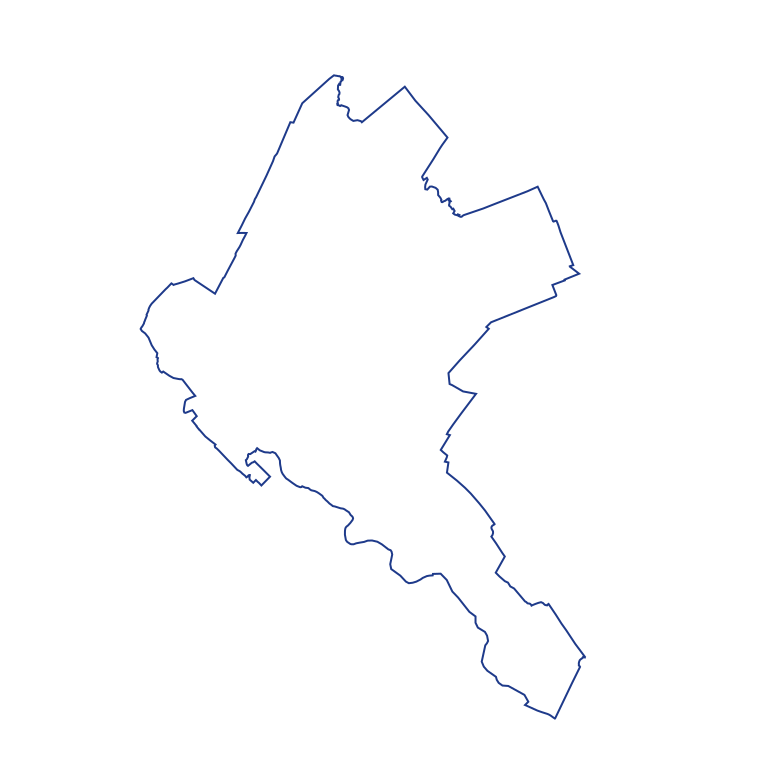 the district of Cateasca, Arges, Romania, rotated 191°
{"feature_id": "2599482B62857994910694", "entity_name": "Cateasca", "entity_type": "district", "adm_level": 2, "iso_a3": "ROU", "parent_name": "Romania", "parent_adm1": "Arges", "projection": "albers", "projection_center": [25.043, 44.76], "detail": "fine", "context": "isolated", "style": "outline", "palette": "blue", "viewbox_px": 768, "rotation_deg": 191, "n_neighbors": 0, "source": "geoboundaries", "source_scale": "gbopen_adm2", "svg_char_len": 6144}
<svg xmlns="http://www.w3.org/2000/svg" viewBox="0 0 768 768"><g transform="rotate(191 384 384)"><path d="M270.8,607.0L279.9,600.6L309.1,582.2L320.1,575.2L337.9,565.0L338.8,564.2L339.7,563.0L340.9,562.7L342.5,563.1L342.2,564.3L343.8,564.6L344.0,563.6L346.8,563.8L348.6,564.7L347.7,567.3L349.4,569.3L350.3,568.6L352.6,570.8L353.9,571.3L354.3,572.0L354.3,572.9L354.2,573.8L354.4,574.4L354.2,575.2L353.3,576.1L354.0,576.7L354.4,576.7L355.1,576.3L355.5,576.7L355.0,577.7L355.2,578.5L355.9,578.5L357.1,577.6L358.8,575.6L360.3,574.7L361.3,573.7L362.1,573.6L363.0,575.0L362.8,575.8L364.3,577.7L366.9,579.8L367.5,582.7L368.4,585.0L370.8,586.4L374.7,587.0L376.6,586.5L378.6,583.1L380.6,583.1L381.2,585.1L381.4,587.7L380.1,593.0L381.3,594.5L384.1,591.8L385.9,594.1L386.1,594.9L378.5,614.0L374.1,625.9L372.4,630.0L368.7,638.0L391.5,656.4L407.3,668.1L420.3,679.8L455.7,636.7L456.8,637.6L460.4,637.9L464.3,636.4L466.8,637.3L468.2,638.0L470.0,639.4L471.1,641.0L470.6,646.3L471.6,647.9L473.1,648.6L474.8,648.9L479.2,649.5L479.5,648.9L480.1,648.5L481.4,648.9L482.8,648.9L483.3,649.9L482.7,650.2L482.9,650.9L483.4,651.9L483.5,653.2L483.2,653.9L482.6,654.0L482.4,654.7L482.6,655.4L483.7,656.9L483.6,659.3L483.1,660.2L483.3,661.7L484.0,662.9L485.5,664.4L486.0,668.2L485.4,669.7L484.9,669.1L484.1,669.3L484.3,672.4L483.7,673.0L483.8,674.4L482.7,674.4L482.5,675.4L482.5,676.4L483.1,677.2L483.6,677.4L484.2,677.3L484.0,676.5L484.2,676.2L484.5,676.4L484.8,676.9L486.1,677.7L487.2,677.5L489.8,677.5L490.7,677.4L491.5,677.5L492.1,677.4L495.9,673.1L517.8,644.0L522.7,623.3L525.9,623.1L532.9,590.0L533.3,589.1L534.8,586.5L535.5,581.5L539.1,566.2L545.3,542.6L545.8,541.5L546.1,540.4L546.4,538.0L549.5,527.2L551.9,520.0L553.9,512.5L556.3,504.3L552.3,505.2L547.8,506.0L548.6,503.0L550.0,498.6L551.3,493.2L552.0,490.9L553.9,486.1L554.6,483.7L554.1,481.7L554.8,479.2L559.0,465.5L561.1,458.2L562.0,457.5L567.1,440.4L589.8,449.9L591.3,451.5L599.1,446.7L605.2,443.4L609.0,441.5L609.4,441.1L610.6,441.6L611.1,441.9L611.9,442.2L615.1,437.2L616.0,436.0L616.9,434.7L627.4,418.5L628.5,416.0L629.1,413.9L629.4,412.0L629.2,411.2L630.3,406.6L629.8,405.9L630.7,401.5L630.9,400.0L631.2,398.9L631.2,397.6L632.1,395.0L632.4,394.1L632.9,393.4L633.4,391.6L631.8,389.9L628.1,388.1L624.0,384.6L619.4,377.7L615.9,374.0L612.4,371.0L612.4,366.9L611.0,366.5L610.8,366.3L611.0,364.9L610.4,362.9L610.6,361.9L610.6,360.5L609.5,359.3L609.3,358.1L609.0,357.3L606.9,354.4L605.8,353.5L604.2,352.8L603.1,354.1L596.2,351.1L591.8,349.7L586.4,349.7L584.9,349.8L583.7,350.1L582.5,349.7L570.2,338.9L567.0,336.3L571.9,333.1L575.3,330.6L575.9,328.5L575.7,321.4L575.4,319.3L574.6,317.9L573.3,317.8L567.1,321.8L561.7,316.7L565.3,311.4L559.8,306.9L559.9,306.6L556.7,303.9L556.6,304.0L549.4,298.4L543.8,295.4L537.8,292.4L538.4,291.2L537.7,289.6L535.6,288.6L532.9,286.8L523.1,279.8L518.8,276.9L511.6,271.7L509.0,270.9L507.2,269.9L506.1,269.1L502.7,267.3L501.3,266.1L500.2,267.1L499.8,268.1L498.9,269.0L498.3,269.0L498.3,266.7L497.6,264.5L493.5,262.1L491.4,265.3L489.4,263.9L487.9,263.1L485.0,261.0L478.2,271.3L487.4,277.5L493.8,281.7L496.2,283.4L497.3,282.3L498.7,281.5L501.9,277.7L502.7,278.1L503.5,279.2L505.1,282.9L504.3,283.9L503.5,286.8L503.9,288.0L503.9,288.8L503.5,289.5L502.8,289.5L501.9,289.7L498.2,293.4L497.3,293.1L496.9,294.3L497.0,295.4L496.3,296.8L493.3,295.2L488.6,294.3L487.5,294.3L484.6,294.7L482.6,294.7L482.0,295.2L480.4,296.0L477.4,295.3L474.2,292.2L473.4,291.5L471.6,289.1L470.9,286.2L470.3,284.4L469.4,282.2L468.6,279.9L467.5,277.9L466.3,276.4L463.8,274.1L462.0,272.6L460.0,271.8L455.0,269.4L450.4,267.4L448.3,267.0L446.5,266.7L445.4,267.1L444.8,268.0L441.4,267.2L438.6,267.4L438.2,267.3L436.4,266.3L435.1,265.8L431.6,265.7L429.4,265.2L427.3,264.4L423.2,262.5L421.6,260.7L420.5,260.1L419.1,259.0L417.3,258.0L415.8,257.0L414.8,256.3L412.4,255.2L411.0,254.4L408.8,254.4L402.9,253.7L400.9,253.8L400.1,253.8L398.6,253.4L397.6,252.9L393.9,251.4L391.7,249.0L390.0,248.0L389.2,247.2L388.7,246.2L388.9,244.6L390.6,241.1L392.4,238.2L393.5,237.0L394.2,235.8L394.4,234.5L394.3,232.4L393.6,228.6L391.7,223.7L391.2,223.1L390.0,222.0L386.4,220.5L385.2,220.5L383.2,220.9L380.9,222.3L377.7,223.6L373.4,225.2L370.2,227.1L365.9,228.1L360.4,227.9L355.5,226.2L348.2,222.5L345.8,222.1L344.6,220.9L343.4,218.2L343.5,208.3L341.6,203.7L331.4,199.0L324.8,194.2L321.6,193.2L317.9,194.4L314.5,196.2L310.8,199.1L308.9,201.1L305.3,203.6L302.8,204.6L299.7,205.4L299.7,206.9L292.2,208.6L285.0,203.6L277.3,193.3L270.5,188.5L256.7,176.6L249.8,173.3L248.6,167.1L245.4,162.8L237.6,159.9L234.8,156.6L232.8,151.6L233.5,149.1L234.7,146.8L235.1,130.1L232.1,125.6L227.8,122.2L218.2,117.9L216.9,115.2L214.4,112.5L210.2,110.6L204.4,111.3L186.8,105.6L181.7,99.6L184.3,95.8L171.2,92.7L166.5,92.0L160.5,91.3L158.8,90.9L157.1,90.3L153.9,88.8L152.4,88.2L152.2,88.4L142.4,126.1L137.6,143.7L138.3,144.5L139.0,144.8L139.2,146.0L139.4,146.5L139.5,147.5L139.4,149.0L139.1,150.3L138.4,151.3L136.8,152.9L136.5,153.3L136.7,153.6L136.0,154.8L134.7,154.0L134.6,154.4L146.6,165.3L158.0,176.9L164.1,182.7L171.2,190.2L180.5,199.5L181.3,198.7L181.3,198.4L181.5,197.9L181.9,197.8L183.6,197.8L184.3,198.1L185.1,198.6L186.1,199.3L188.2,199.8L190.7,198.6L193.4,197.0L196.0,195.3L196.9,194.6L197.4,195.3L198.7,196.1L199.4,196.2L200.6,196.1L201.3,196.1L202.7,197.1L204.1,197.5L217.3,208.1L221.4,209.4L224.4,212.7L227.7,213.5L233.9,217.1L238.3,220.1L232.5,237.7L235.7,240.8L243.6,249.0L249.5,254.7L248.7,256.4L248.5,258.5L248.9,260.2L250.6,262.2L251.1,263.2L251.2,264.1L250.9,265.1L250.4,265.8L248.7,267.4L248.8,267.7L260.7,279.1L267.7,285.0L277.9,293.0L284.7,297.6L294.0,303.1L305.3,309.0L305.8,319.3L309.4,319.4L308.4,323.8L308.3,325.9L312.8,328.3L315.7,330.1L309.6,346.4L312.7,346.7L311.9,349.6L308.3,357.7L302.7,369.6L291.8,391.9L305.0,391.8L316.9,395.9L319.6,396.5L322.8,407.0L314.2,421.6L302.5,440.1L291.7,458.2L294.4,459.5L290.7,465.0L233.4,502.0L231.9,503.2L231.8,504.1L237.6,513.3L226.3,520.2L226.7,520.9L213.5,529.5L224.0,534.7L224.1,535.0L220.9,536.8L239.7,566.7L243.0,572.8L244.6,575.4L245.8,577.1L246.4,577.1L248.5,575.8L249.1,576.0L255.4,585.7L259.6,592.4L262.2,595.5L265.0,599.2L270.8,607.0Z" fill="none" stroke="#1e3a8a" stroke-width="2"/></g></svg>